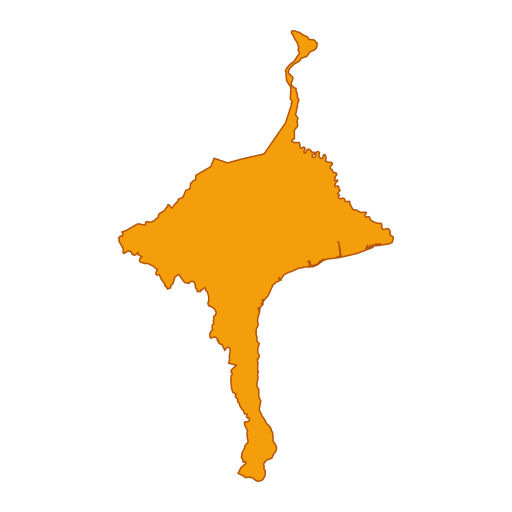 Barú, Chiriquí, Panama
{"feature_id": "35544464B97118695767804", "entity_name": "Barú", "entity_type": "district", "adm_level": 2, "iso_a3": "PAN", "parent_name": "Panama", "parent_adm1": "Chiriquí", "projection": "albers", "projection_center": [-82.857, 8.312], "detail": "fine", "context": "isolated", "style": "filled", "palette": "amber", "viewbox_px": 512, "rotation_deg": 0, "n_neighbors": 0, "source": "geoboundaries", "source_scale": "gbopen_adm2", "svg_char_len": 6081}
<svg xmlns="http://www.w3.org/2000/svg" viewBox="0 0 512 512"><path d="M292.4,30.7L291.5,31.4L291.5,33.1L293.5,35.9L294.3,38.1L297.2,42.8L298.9,47.9L297.9,49.9L299.7,52.9L293.9,61.5L289.9,64.4L287.0,67.8L285.4,70.7L286.0,71.7L286.2,77.7L286.8,80.9L290.9,87.6L290.3,98.8L292.1,101.7L291.2,103.7L291.6,104.1L285.6,122.8L264.5,153.3L263.5,154.1L243.0,158.7L227.6,162.9L214.2,158.3L210.6,166.8L196.0,175.2L195.4,180.1L193.5,180.6L190.6,183.4L190.1,188.5L185.7,190.5L183.2,196.8L181.6,198.0L178.3,199.1L178.3,200.6L173.5,205.8L172.4,207.9L171.3,207.8L169.2,204.9L168.1,204.6L167.4,206.6L165.6,208.5L164.7,210.5L159.2,213.7L158.4,215.2L158.3,217.4L155.4,219.3L154.0,221.2L152.6,221.1L151.3,222.3L146.4,221.6L145.5,222.6L145.4,224.6L144.8,225.1L139.0,223.9L137.2,224.1L126.0,230.6L121.9,232.1L122.9,233.7L122.8,235.5L121.9,236.4L120.4,235.9L118.6,238.1L119.2,239.5L118.9,241.0L123.2,248.5L123.0,252.3L123.4,253.1L124.1,253.5L127.0,251.5L130.2,251.0L132.6,254.6L134.5,255.2L135.8,254.7L137.9,252.4L138.1,254.6L141.9,256.8L140.1,258.3L139.5,259.7L139.6,260.9L140.4,262.1L145.1,263.6L146.8,263.4L148.8,263.9L153.3,266.2L155.8,268.6L157.5,269.3L155.8,272.8L156.1,274.5L157.2,275.1L159.3,274.5L161.2,279.1L164.8,284.1L165.1,286.3L166.4,286.7L167.5,289.0L170.6,287.8L170.9,285.3L172.9,283.8L175.0,276.9L178.9,274.5L183.6,281.3L185.3,282.8L189.1,283.3L190.3,281.8L191.7,281.3L194.2,281.9L195.4,285.5L195.4,287.8L196.9,289.2L197.3,291.6L200.6,291.6L200.6,289.9L202.5,289.7L204.2,287.9L205.4,287.9L205.6,290.1L207.4,292.1L208.6,296.1L208.8,301.1L207.9,302.5L208.2,304.8L209.2,306.1L211.0,306.5L214.4,308.9L216.3,312.2L215.6,314.7L213.6,316.8L214.0,318.3L213.2,320.9L214.0,323.2L212.1,325.3L212.1,328.2L212.8,329.6L210.7,331.6L209.8,333.4L210.0,337.4L211.0,338.1L214.7,336.8L217.2,338.4L217.5,340.8L218.1,340.4L218.8,341.2L218.8,343.0L220.3,344.1L222.0,344.5L224.8,350.2L226.2,348.2L227.9,347.3L229.0,347.3L229.8,348.4L230.2,350.7L229.8,354.5L229.3,355.6L229.5,359.7L228.7,363.2L236.4,365.2L231.9,369.3L230.9,371.2L232.4,374.0L231.2,375.6L230.8,379.8L231.5,387.6L232.3,390.9L232.9,392.4L236.0,394.1L235.2,396.4L236.9,398.7L237.6,399.0L237.8,402.0L239.5,403.6L239.6,405.6L242.4,409.9L243.4,410.5L244.3,413.5L244.9,414.0L246.9,414.0L247.1,414.7L246.4,416.6L247.8,418.2L248.6,417.7L249.6,418.8L249.2,420.5L248.4,421.4L244.4,422.1L244.8,425.2L247.5,430.7L247.0,433.2L247.3,437.6L248.2,441.9L244.9,445.8L244.7,448.2L242.7,451.4L241.6,454.3L242.1,455.4L241.4,456.6L241.6,458.2L242.9,459.4L242.9,461.7L243.6,462.2L245.2,461.7L246.0,463.5L241.2,467.2L238.1,473.3L243.4,475.9L245.2,477.6L250.1,477.1L252.8,478.1L255.7,480.4L257.7,481.3L260.9,480.7L262.9,479.6L263.0,478.7L264.2,477.6L265.1,475.0L265.3,471.1L263.7,468.1L264.2,466.9L263.6,463.8L266.3,460.3L271.8,458.2L273.5,454.1L274.8,452.9L276.3,450.2L276.6,447.8L275.8,445.2L272.8,440.5L273.1,437.7L272.5,432.1L271.5,430.9L270.9,428.5L268.9,425.6L266.5,423.5L264.7,419.6L262.4,416.6L259.6,410.4L259.3,408.8L260.8,401.2L258.8,396.8L258.8,389.1L257.4,387.4L256.7,384.8L258.0,378.2L257.5,374.2L258.4,371.5L257.9,371.4L257.6,369.0L257.9,362.2L257.2,360.1L257.5,359.0L258.1,358.9L259.0,357.4L259.1,354.8L258.0,353.5L257.7,348.6L259.3,343.6L257.7,342.1L256.9,340.6L256.9,337.1L255.9,333.9L256.3,333.4L256.0,331.0L256.7,327.9L258.3,325.0L257.6,321.7L257.7,318.5L259.7,311.3L259.0,310.8L258.5,308.4L257.3,308.2L258.7,308.2L259.1,310.2L259.6,310.3L260.4,306.9L262.4,305.0L261.4,303.6L261.9,303.4L262.5,304.5L262.9,304.3L262.7,302.0L263.2,300.3L262.6,299.6L261.4,299.7L262.8,299.6L263.4,300.2L263.5,301.4L264.4,299.7L268.0,295.9L272.9,285.1L276.1,282.4L280.7,280.0L279.8,279.6L279.1,279.0L278.8,278.4L279.4,277.9L279.3,277.0L279.6,277.7L279.1,278.8L280.6,279.7L283.9,274.8L288.9,272.2L291.2,271.6L299.2,268.0L302.9,267.7L304.3,266.9L309.3,267.1L309.4,263.3L308.0,261.6L308.3,261.4L309.4,261.1L310.0,261.6L310.6,265.3L313.2,265.6L317.8,263.7L319.9,261.3L323.3,259.6L324.0,258.6L323.6,259.7L321.2,261.0L316.9,264.7L313.4,265.8L310.7,265.6L309.8,266.5L312.2,266.9L317.2,265.0L322.6,260.9L326.7,259.1L338.5,257.7L337.6,256.8L339.8,256.4L340.1,255.1L338.9,243.5L337.7,241.2L339.2,243.7L340.9,255.6L340.1,257.0L340.8,257.3L357.0,253.5L372.3,247.6L373.9,246.2L370.2,247.7L367.2,247.8L365.7,249.2L367.1,245.9L367.4,247.2L367.9,247.4L369.4,246.9L370.2,245.5L371.3,246.0L375.2,244.3L379.7,244.0L379.3,244.5L375.3,245.1L375.3,245.9L389.2,243.9L392.2,242.3L393.4,237.9L392.8,236.5L390.1,235.1L390.3,231.5L388.6,228.9L387.2,228.5L383.4,229.6L382.2,228.5L381.6,227.4L381.9,225.0L381.1,223.3L378.2,223.4L374.0,222.1L370.6,220.1L369.4,217.0L368.2,216.6L366.3,217.2L365.6,216.8L364.7,215.6L366.2,213.3L366.0,212.3L360.6,212.4L356.3,210.0L352.8,209.5L349.7,203.2L349.5,201.3L345.7,201.6L344.9,201.0L344.7,199.2L344.1,198.5L342.4,198.2L340.3,198.7L338.5,198.1L338.3,197.0L339.5,195.3L337.5,193.6L340.1,190.3L338.8,188.6L338.7,186.5L337.4,186.0L335.4,186.6L334.6,185.4L335.9,182.5L337.7,181.0L337.5,180.1L335.0,180.7L334.4,180.2L335.5,176.2L336.6,175.0L336.8,173.9L335.8,172.9L333.5,172.7L332.2,169.9L330.1,168.2L330.6,166.3L332.4,164.3L332.0,162.6L327.5,161.9L325.6,161.1L326.1,157.4L325.1,154.8L323.5,154.9L322.4,158.6L320.9,158.4L318.9,156.7L319.5,152.7L318.5,151.7L317.6,151.5L316.7,151.9L316.0,153.1L315.5,156.5L314.4,157.4L313.3,157.3L312.2,156.5L312.0,155.7L312.6,154.8L314.5,154.2L314.9,153.1L314.5,152.3L311.9,152.3L310.3,149.9L308.3,149.1L306.8,149.9L305.9,152.3L304.5,153.2L303.9,152.0L304.9,148.6L304.7,147.5L303.7,147.1L301.7,148.1L300.2,147.7L299.8,146.5L299.9,144.1L299.1,142.5L294.2,142.6L291.6,140.9L292.2,139.6L294.5,138.7L294.3,130.4L297.5,126.3L297.6,123.9L297.0,121.6L298.0,118.4L295.5,114.6L296.5,111.4L296.5,109.1L297.3,107.8L297.5,104.4L298.9,99.7L297.4,97.5L297.3,93.8L295.9,90.3L296.1,88.4L293.9,87.7L291.2,84.6L291.4,82.3L292.5,80.1L292.9,78.0L292.4,76.8L288.5,73.2L288.7,70.3L289.9,68.2L294.0,64.2L299.4,61.1L301.4,58.2L306.7,56.5L309.9,52.0L315.0,49.6L316.7,47.2L317.3,43.1L315.8,42.4L315.2,40.9L313.3,39.6L312.3,39.9L309.1,39.4L307.4,36.8L302.9,34.9L299.4,32.3L296.6,31.8L295.3,31.0L292.4,30.7Z" fill="#f59e0b" stroke="#b45309" stroke-width="1.5"/></svg>